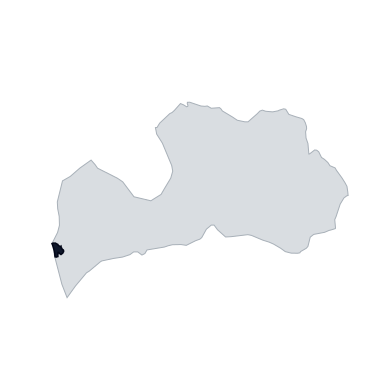 Vērgales pag., Pavilostas, Latvia (highlighted), rotated 344°
{"feature_id": "27541924B6474784348402", "entity_name": "Vērgales pag.", "entity_type": "district", "adm_level": 2, "iso_a3": "LVA", "parent_name": "Latvia", "parent_adm1": "Pavilostas", "projection": "orthographic", "projection_center": [21.107, 56.72], "detail": "fine", "context": "in_parent", "style": "filled", "palette": "ink", "viewbox_px": 384, "rotation_deg": 344, "n_neighbors": 0, "source": "geoboundaries", "source_scale": "gbopen_adm2", "svg_char_len": 3798}
<svg xmlns="http://www.w3.org/2000/svg" viewBox="0 0 384 384"><g transform="rotate(344 192 192)"><path d="M278.9,280.2L276.7,280.0L270.5,278.1L265.2,275.0L261.8,270.6L256.1,264.6L252.4,261.5L246.8,257.8L237.2,250.1L233.9,248.4L217.7,245.8L211.9,244.5L206.1,235.3L204.1,229.9L201.4,229.1L198.6,230.4L195.6,231.7L188.8,238.5L186.6,239.5L182.1,239.8L171.8,241.7L167.0,239.5L158.7,237.3L154.3,237.1L150.3,237.3L132.8,235.3L129.7,238.2L126.5,238.8L123.3,234.6L119.4,233.5L115.1,235.1L107.3,235.4L98.0,234.2L86.3,233.4L84.5,233.9L71.5,239.7L68.3,240.6L54.1,250.2L42.8,259.1L41.5,244.9L42.2,216.3L43.9,202.2L51.6,193.9L55.4,187.5L57.6,178.9L58.3,171.0L59.8,164.4L70.6,145.6L79.2,143.5L90.8,138.1L103.8,133.5L106.4,139.0L107.8,143.1L124.0,158.1L128.2,163.1L134.9,180.6L150.0,189.1L161.6,185.8L166.4,181.2L175.4,172.8L179.2,166.7L179.8,161.0L177.0,136.9L174.0,126.6L174.6,120.0L176.2,120.3L179.9,116.9L192.3,110.5L194.8,110.1L197.6,108.7L205.3,103.8L208.0,106.0L210.3,108.6L211.5,108.5L212.0,107.5L211.8,105.8L212.3,104.5L214.6,105.1L224.3,111.8L228.0,113.2L230.4,113.5L233.6,116.8L241.7,118.5L242.8,120.2L243.5,122.4L251.6,131.1L255.3,135.5L262.3,139.2L265.2,140.0L276.4,134.7L279.5,132.9L282.2,132.7L285.1,134.7L291.6,137.2L297.3,137.7L298.3,137.4L303.1,137.3L304.9,138.3L306.5,144.1L312.4,148.2L317.8,151.6L319.3,153.2L320.0,156.6L320.1,160.7L319.6,162.8L317.8,165.4L316.5,171.6L316.8,177.4L314.8,187.7L315.5,187.8L321.5,185.4L323.4,186.2L324.9,188.3L326.0,194.5L328.3,197.1L330.8,201.3L331.8,204.7L336.2,208.3L336.8,210.9L340.1,220.0L341.6,225.2L342.5,229.3L341.8,234.7L341.1,238.4L339.8,238.3L336.4,239.6L331.1,244.5L323.6,255.5L321.6,257.9L320.1,265.8L319.7,266.7L314.7,266.8L313.3,266.7L308.3,267.3L297.3,266.3L293.2,268.0L288.4,276.3L286.3,277.6L280.0,279.2L278.9,280.2Z" fill="#d9dde1" stroke="#a8b0b8" stroke-width="1"/><path d="M43.2,203.0L43.2,203.4L43.2,203.5L43.2,203.8L43.3,204.0L43.3,204.3L43.3,204.5L43.4,204.8L43.4,205.0L43.3,205.3L43.4,205.5L43.4,205.8L43.4,206.0L43.4,206.3L43.4,206.5L43.4,206.8L43.4,207.0L43.4,207.4L43.4,207.5L43.4,207.8L43.4,208.0L43.4,208.3L43.4,208.5L43.4,208.8L43.4,209.0L43.4,209.3L43.4,209.6L43.4,209.8L43.4,210.0L43.4,210.3L43.4,210.5L43.4,210.8L43.4,211.0L43.3,211.3L43.3,211.5L43.3,211.8L43.2,212.0L43.2,212.3L43.2,212.5L43.2,212.8L43.1,213.0L43.1,213.3L43.1,213.5L43.0,213.8L43.0,214.0L42.9,214.3L42.9,214.5L42.8,214.8L42.8,215.0L42.7,215.0L42.7,215.3L42.6,215.6L42.6,215.8L42.6,216.0L42.6,216.3L42.5,216.5L42.9,216.7L43.0,216.7L43.0,216.8L43.3,216.9L43.3,217.0L43.5,217.1L43.8,217.2L44.0,217.2L44.4,217.0L44.7,217.1L44.9,217.1L45.1,217.1L45.3,217.1L45.3,216.9L45.3,216.7L45.4,216.4L45.5,216.3L45.6,216.0L45.6,215.9L45.9,215.1L45.7,215.0L45.7,214.8L45.7,214.7L45.9,214.6L46.0,214.6L46.1,214.4L46.2,214.2L46.5,213.2L46.7,213.3L46.8,213.3L47.0,213.3L47.0,213.5L47.2,213.8L47.3,213.8L47.4,214.0L47.5,214.0L47.6,214.3L47.9,214.7L47.9,214.9L48.0,215.0L48.4,215.5L48.8,216.0L49.0,215.9L49.1,215.7L49.3,215.7L49.4,215.4L49.5,215.4L49.6,215.5L49.8,215.5L50.0,215.5L50.3,215.4L50.5,215.4L50.8,215.2L51.0,215.1L51.2,214.5L51.3,214.5L51.5,214.4L51.8,214.3L51.9,214.2L52.0,214.1L52.1,213.9L52.2,213.7L52.3,213.6L52.4,213.3L52.3,213.2L52.2,212.8L52.3,212.5L52.2,212.4L52.3,212.2L52.2,212.0L52.1,211.9L51.9,211.7L51.7,211.6L51.5,211.4L51.4,211.2L51.4,210.9L51.4,210.7L51.4,210.4L51.3,210.2L51.2,210.2L51.2,209.9L50.9,209.8L50.8,209.7L50.8,209.4L50.9,209.1L50.9,208.9L51.0,208.8L51.0,208.7L51.1,208.4L51.1,208.5L51.2,208.4L51.2,208.5L51.2,208.4L51.0,208.2L50.9,208.2L50.7,208.0L50.5,207.8L50.2,207.7L50.0,207.8L49.8,207.6L49.3,207.1L49.0,206.8L48.9,206.7L48.6,206.4L48.5,206.2L48.4,205.6L48.6,205.4L47.6,204.5L47.3,204.2L46.7,203.5L46.1,203.4L45.4,203.1L44.4,202.8L44.2,203.1L43.7,203.1L43.2,203.0L43.2,203.0Z" fill="#0f172a" stroke="#020617" stroke-width="1.5"/></g></svg>